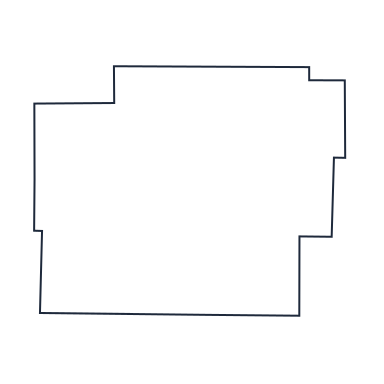 Jackson, Ohio, United States of America, rotated 86°
{"feature_id": "52423323B30327543932736", "entity_name": "Jackson", "entity_type": "district", "adm_level": 2, "iso_a3": "USA", "parent_name": "United States of America", "parent_adm1": "Ohio", "projection": "mercator", "projection_center": [-82.642, 39.026], "detail": "fine", "context": "isolated", "style": "outline", "palette": "slate", "viewbox_px": 384, "rotation_deg": 86, "n_neighbors": 0, "source": "geoboundaries", "source_scale": "gbopen_adm2", "svg_char_len": 353}
<svg xmlns="http://www.w3.org/2000/svg" viewBox="0 0 384 384"><g transform="rotate(86 192 192)"><path d="M75.6,66.4L61.1,261.1L97.8,263.4L92.8,343.1L168.6,348.2L219.6,352.2L220.4,344.3L302.1,352.1L315.7,184.4L322.9,93.6L243.8,87.9L246.4,55.8L167.6,48.0L168.6,36.8L91.3,31.8L88.7,67.3L75.6,66.4Z" fill="none" stroke="#1e293b" stroke-width="2"/></g></svg>